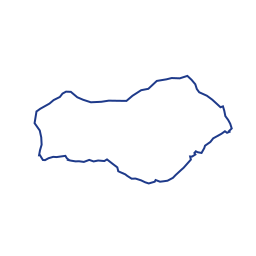 outline of Galataria, Paphos, Cyprus, rotated 128°
{"feature_id": "46923920B41083986579295", "entity_name": "Galataria", "entity_type": "district", "adm_level": 2, "iso_a3": "CYP", "parent_name": "Cyprus", "parent_adm1": "Paphos", "projection": "albers", "projection_center": [32.643, 34.865], "detail": "fine", "context": "isolated", "style": "outline", "palette": "blue", "viewbox_px": 256, "rotation_deg": 128, "n_neighbors": 0, "source": "geoboundaries", "source_scale": "gbopen_adm2", "svg_char_len": 1338}
<svg xmlns="http://www.w3.org/2000/svg" viewBox="0 0 256 256"><g transform="rotate(128 128 128)"><path d="M189.8,154.9L189.4,154.0L188.7,152.6L186.6,148.8L184.4,146.2L181.9,141.9L177.0,138.9L175.5,134.5L172.0,131.5L168.6,126.3L165.7,125.2L165.7,117.6L165.6,112.2L168.1,109.0L166.2,101.6L166.2,99.2L165.7,93.9L163.2,90.9L161.2,85.5L160.2,81.0L158.9,77.5L153.9,73.9L152.0,74.2L150.6,69.7L147.8,66.9L145.2,64.4L139.6,61.9L135.7,61.5L128.4,60.3L125.2,59.7L120.5,59.4L114.2,59.0L112.2,61.5L111.0,59.9L107.4,58.6L106.8,60.3L104.6,60.2L104.3,58.4L102.4,54.7L97.0,55.5L94.5,56.4L88.3,54.5L83.7,54.5L75.0,50.8L70.9,49.6L70.8,47.0L68.5,45.7L68.3,46.5L64.5,46.0L61.7,50.1L60.0,54.0L58.7,58.6L55.1,62.8L52.5,66.5L54.7,67.9L54.3,72.6L53.8,79.1L54.0,85.7L56.0,93.9L54.9,97.8L52.1,101.9L50.9,107.6L50.4,113.3L57.0,117.8L61.8,124.4L65.9,127.6L73.2,134.3L84.6,136.1L90.1,140.9L99.8,144.3L107.6,145.9L112.4,152.2L118.3,160.0L123.8,165.2L130.6,173.1L133.4,180.8L135.0,186.9L134.7,195.3L137.5,199.2L141.2,200.8L145.5,200.8L151.8,203.8L157.1,204.9L166.9,209.0L169.7,209.8L171.3,210.3L181.7,204.6L184.3,196.0L188.8,190.6L194.3,185.8L199.8,183.6L204.2,181.3L203.6,180.7L205.6,175.4L204.4,173.6L200.7,172.0L196.8,169.2L194.9,166.4L191.8,163.4L188.5,160.2L189.0,158.9L189.6,157.2L189.5,154.8L189.8,154.9Z" fill="none" stroke="#1e3a8a" stroke-width="2"/></g></svg>